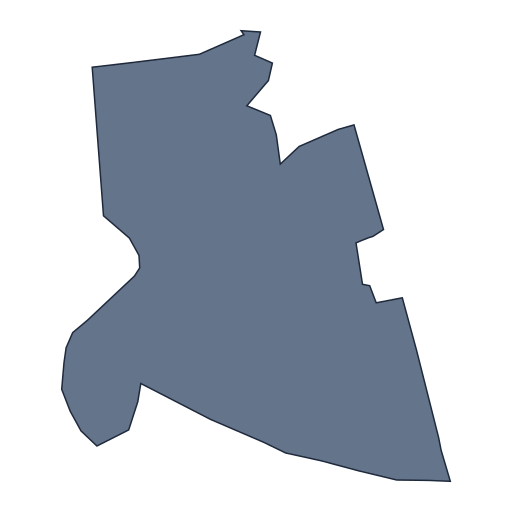 the district of Mirzaabad, Sirdaryo, Uzbekistan
{"feature_id": "79887680B49500838680737", "entity_name": "Mirzaabad", "entity_type": "district", "adm_level": 2, "iso_a3": "UZB", "parent_name": "Uzbekistan", "parent_adm1": "Sirdaryo", "projection": "orthographic", "projection_center": [68.617, 40.481], "detail": "fine", "context": "isolated", "style": "filled", "palette": "slate", "viewbox_px": 512, "rotation_deg": 0, "n_neighbors": 0, "source": "geoboundaries", "source_scale": "gbopen_adm2", "svg_char_len": 771}
<svg xmlns="http://www.w3.org/2000/svg" viewBox="0 0 512 512"><path d="M96.9,446.0L128.7,429.9L137.8,401.7L140.8,383.5L210.5,419.4L263.7,442.3L285.7,453.0L320.8,460.7L359.3,471.0L396.7,480.0L428.6,480.4L450.3,481.3L441.1,450.2L438.6,437.5L416.5,350.1L402.3,297.8L376.2,302.8L369.7,285.7L362.5,284.3L356.0,242.9L360.9,240.8L368.9,237.6L372.9,236.4L383.5,229.5L354.0,124.9L338.2,129.4L299.2,146.4L280.3,164.1L276.3,134.9L270.4,115.5L246.8,105.8L265.6,83.8L268.4,80.6L272.4,63.1L254.6,55.3L260.5,32.0L241.1,30.7L243.9,34.7L210.7,49.3L199.3,54.3L128.3,63.0L92.2,67.2L103.5,215.8L129.4,238.1L139.0,255.4L139.7,267.9L134.5,276.0L87.5,320.2L72.7,332.6L66.1,347.8L64.0,362.7L61.7,389.3L70.2,411.2L81.0,430.9L96.9,446.0Z" fill="#64748b" stroke="#1e293b" stroke-width="1.5"/></svg>